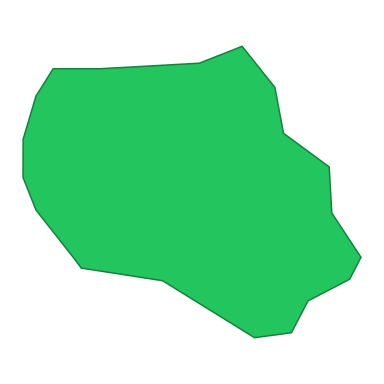 the border of Luton
{"feature_id": "GBR-2752", "entity_name": "Luton", "entity_type": "Unitary Authority", "adm_level": 1, "iso_a3": "GBR", "parent_name": "United Kingdom", "parent_adm1": "", "projection": "robinson", "projection_center": [-0.408, 51.873], "detail": "fine", "context": "isolated", "style": "filled", "palette": "green", "viewbox_px": 384, "rotation_deg": 0, "n_neighbors": 0, "source": "natural_earth", "source_scale": "10m", "svg_char_len": 381}
<svg xmlns="http://www.w3.org/2000/svg" viewBox="0 0 384 384"><path d="M242.1,46.3L274.9,87.4L283.5,133.3L329.2,166.9L331.8,213.0L361.0,257.3L349.7,279.2L308.0,300.9L291.5,332.7L254.5,337.7L162.5,280.7L82.4,268.3L81.4,268.3L74.6,259.1L36.0,210.1L23.0,177.4L23.1,139.4L36.0,96.0L53.2,68.7L100.4,68.7L199.2,63.2L242.1,46.3Z" fill="#22c55e" stroke="#15803d" stroke-width="1.5"/></svg>